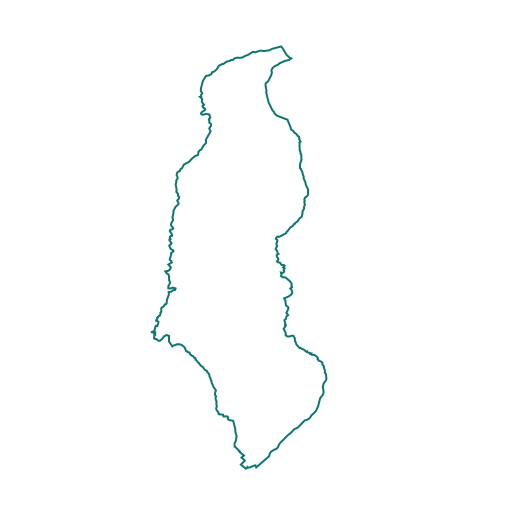 outline of Schela, Gorj, Romania, rotated 12°
{"feature_id": "2599482B25991908256991", "entity_name": "Schela", "entity_type": "district", "adm_level": 2, "iso_a3": "ROU", "parent_name": "Romania", "parent_adm1": "Gorj", "projection": "natural_earth1", "projection_center": [23.303, 45.212], "detail": "fine", "context": "isolated", "style": "outline", "palette": "teal", "viewbox_px": 512, "rotation_deg": 12, "n_neighbors": 0, "source": "geoboundaries", "source_scale": "gbopen_adm2", "svg_char_len": 6118}
<svg xmlns="http://www.w3.org/2000/svg" viewBox="0 0 512 512"><g transform="rotate(12 256 256)"><path d="M300.2,462.7L310.5,449.1L310.5,446.4L311.4,444.3L313.8,441.9L316.1,440.3L317.1,438.8L317.9,435.2L318.7,433.5L324.4,424.7L326.9,421.8L329.3,417.6L332.5,415.2L337.8,406.8L340.1,405.5L342.1,403.7L343.5,400.1L345.6,397.3L346.9,394.9L348.0,390.0L348.3,381.9L350.3,377.8L350.5,375.2L348.5,370.0L348.8,366.3L350.4,362.8L350.3,361.1L348.9,356.8L347.6,355.9L347.3,353.9L345.4,350.7L345.5,349.9L343.3,348.1L343.2,346.5L340.8,345.5L338.9,345.3L338.2,344.2L337.8,344.1L337.9,343.5L336.9,342.1L334.6,341.0L333.2,340.6L331.3,341.1L330.5,340.6L330.5,340.1L329.4,340.6L328.7,340.0L328.9,339.7L326.0,339.4L325.8,338.7L325.1,339.1L322.2,337.6L320.0,337.3L318.6,336.6L318.2,337.0L317.5,336.8L313.8,334.0L312.8,332.1L311.9,331.3L311.0,328.3L309.3,326.4L307.8,326.4L305.1,327.9L302.8,328.1L301.4,327.2L301.5,326.4L300.8,324.7L298.2,321.6L299.0,319.7L298.9,318.7L299.7,317.8L299.3,316.9L298.7,316.9L298.5,315.3L297.7,314.3L297.2,312.9L297.4,312.3L298.2,311.6L298.5,308.5L299.7,307.0L297.5,305.3L298.4,301.9L298.5,300.0L297.8,299.1L295.6,298.2L293.9,293.4L292.3,291.6L296.3,288.8L298.3,286.7L299.1,284.7L298.7,283.2L297.6,281.6L296.3,280.6L297.8,279.1L296.8,277.8L297.0,277.0L296.4,275.4L294.2,273.5L289.2,270.8L287.3,271.3L284.7,270.5L284.8,269.0L283.8,267.0L285.7,266.9L286.8,265.7L286.8,264.8L285.9,263.7L286.6,262.1L284.9,261.6L286.0,259.5L285.1,259.1L282.8,259.4L281.0,257.6L278.4,257.5L277.6,256.9L278.5,255.3L278.5,254.3L276.5,252.2L276.1,250.9L277.5,249.4L276.7,249.1L275.7,246.8L273.8,245.2L273.9,244.1L274.7,241.7L273.4,240.1L273.8,236.8L273.4,235.9L271.8,235.1L271.9,234.2L272.8,232.6L274.7,232.4L280.8,227.3L280.9,226.0L281.8,224.9L283.6,221.1L285.7,219.0L286.6,216.8L287.3,216.5L287.4,215.7L289.8,213.0L290.1,211.7L291.3,209.3L291.8,209.2L292.3,208.5L292.7,207.4L292.5,205.9L292.7,204.8L292.2,202.6L293.1,200.1L292.8,197.2L293.2,195.7L292.1,193.5L292.2,192.0L291.5,190.5L291.7,188.9L293.6,186.7L294.0,185.4L294.1,184.6L293.3,181.5L293.3,180.4L289.9,175.9L288.8,173.3L286.4,170.1L286.1,168.3L284.7,166.4L284.3,164.9L281.6,161.4L280.7,160.9L280.0,156.5L280.5,152.0L279.9,151.0L279.5,148.2L278.9,147.0L278.1,146.5L278.0,145.1L276.7,143.4L276.4,141.3L275.8,140.1L275.3,136.9L274.8,136.0L275.8,134.9L273.9,132.7L274.0,132.0L273.3,130.4L271.7,129.9L271.2,129.1L269.0,127.7L267.5,127.2L266.9,126.2L264.2,125.1L263.4,124.0L263.3,123.3L258.4,116.1L248.5,114.6L246.2,113.9L244.4,112.5L243.7,111.4L241.8,110.1L236.1,102.8L235.6,101.0L234.9,100.1L232.0,93.9L231.8,91.8L229.9,87.4L229.5,85.2L231.5,82.6L233.3,75.9L233.4,73.3L232.5,71.3L233.1,68.7L234.9,66.4L238.0,64.1L238.7,62.8L243.8,59.1L247.5,57.4L249.4,55.4L247.3,54.9L243.6,52.5L238.8,47.2L237.1,45.8L228.9,49.9L226.1,52.1L220.6,54.1L218.1,54.0L212.9,56.9L210.5,56.9L206.1,61.2L203.8,62.5L201.8,64.4L199.2,65.6L196.6,65.8L194.1,67.0L192.6,69.0L190.7,69.5L189.9,70.5L186.7,72.1L184.2,74.9L182.7,75.4L181.8,76.4L180.2,77.4L178.7,81.7L176.6,84.4L174.8,85.4L174.5,87.3L174.0,87.8L172.5,89.1L169.6,90.3L167.6,96.1L167.3,103.7L167.8,106.3L169.2,107.5L169.6,108.3L168.8,109.8L169.3,111.3L168.1,112.0L170.4,113.3L170.7,113.6L171.0,116.5L173.7,118.9L172.5,120.2L172.9,121.1L173.4,121.7L175.5,122.6L175.8,123.1L175.8,123.8L172.9,126.8L172.6,128.3L173.7,128.9L174.7,128.9L177.7,127.3L181.1,127.3L181.3,128.4L182.5,130.1L182.3,131.0L181.5,131.7L181.6,132.6L182.2,133.2L182.5,135.2L184.4,136.1L185.0,138.0L183.8,140.6L183.8,141.2L185.7,143.5L182.9,152.3L182.8,153.1L183.6,155.3L183.4,156.3L181.9,158.4L180.4,163.2L179.0,164.4L178.1,165.9L178.3,169.2L175.6,170.9L172.8,174.5L171.0,177.7L166.4,181.7L165.3,185.7L164.0,186.9L164.0,188.4L163.5,189.2L162.5,189.5L161.7,190.6L161.5,192.4L161.6,193.6L162.7,194.9L163.2,196.1L162.3,198.9L162.7,200.2L162.6,202.9L164.6,207.6L164.7,209.8L165.6,210.2L165.8,210.7L167.0,211.7L167.2,213.3L168.6,214.2L168.7,215.8L167.4,218.1L169.4,220.7L169.2,221.7L167.0,224.8L165.9,229.1L166.4,231.6L166.2,235.8L167.0,236.9L167.4,238.2L166.4,241.3L166.3,243.0L166.8,243.9L169.3,246.1L168.8,247.2L167.0,248.1L166.4,248.8L166.6,249.7L169.2,252.1L169.7,253.3L169.5,253.9L168.4,254.2L168.0,254.7L167.9,256.1L168.8,257.3L167.9,257.8L167.9,258.4L170.7,261.0L170.5,262.0L169.5,262.8L169.0,263.7L169.2,264.4L171.2,267.0L173.8,267.6L174.3,268.5L172.3,270.9L172.7,272.0L172.3,277.1L172.7,277.9L174.3,278.6L175.0,279.8L172.0,282.6L174.8,284.5L175.2,285.4L174.1,287.8L173.5,288.6L170.5,289.9L172.3,291.5L174.2,292.2L175.2,294.1L176.0,297.6L177.5,299.7L177.1,302.0L176.5,303.5L177.0,305.9L179.3,305.5L181.0,304.3L184.1,304.4L184.2,304.6L183.8,306.1L182.1,306.6L180.5,308.6L178.1,309.4L178.8,312.0L178.0,317.1L178.4,321.2L177.6,322.2L177.0,322.2L176.0,324.7L174.2,326.5L174.9,330.3L174.3,331.4L174.6,331.8L174.5,333.3L174.2,334.4L173.9,334.3L172.2,336.7L172.7,337.1L171.7,339.7L171.9,340.2L172.9,340.0L174.3,340.8L174.4,342.6L173.9,345.1L172.8,345.0L172.3,345.9L172.3,349.3L171.9,350.5L169.9,352.1L170.3,352.4L173.3,351.6L173.7,353.9L173.0,353.8L172.4,353.0L173.3,355.3L173.2,357.0L173.8,358.1L175.0,358.2L175.5,357.8L178.2,359.2L179.5,359.0L181.5,356.5L182.5,354.1L184.8,351.9L187.5,352.2L188.7,357.7L192.9,361.8L193.8,360.9L198.1,358.3L198.6,358.6L200.5,358.2L202.6,358.8L204.8,360.0L206.4,361.9L207.2,363.3L208.3,363.5L208.9,364.2L211.1,364.2L211.7,365.6L214.1,366.9L214.9,366.9L217.1,368.5L217.9,368.5L218.4,370.0L219.0,370.1L221.6,372.3L222.8,372.7L223.1,373.4L225.5,375.1L227.1,375.6L229.5,377.9L232.0,378.7L232.5,379.8L233.3,380.1L234.9,381.6L235.6,383.6L236.5,384.5L237.5,386.5L238.4,387.4L238.6,388.5L241.8,393.1L244.7,395.7L244.4,399.3L245.2,401.0L246.2,401.6L245.9,403.2L246.5,404.9L247.8,406.6L247.7,408.1L248.9,411.0L248.7,413.4L249.6,415.1L251.8,416.7L252.4,418.5L256.8,418.1L257.5,419.7L261.2,418.9L262.4,419.7L262.2,421.1L263.5,422.0L268.0,422.0L271.6,429.3L272.6,432.9L273.6,434.3L274.5,436.7L274.7,441.0L274.0,444.0L274.7,447.0L275.5,447.1L280.6,450.4L280.3,450.8L285.7,453.7L283.7,456.2L287.6,458.4L284.6,463.2L290.3,466.2L291.3,465.3L291.4,464.2L292.2,464.7L293.4,464.3L298.4,461.1L299.0,460.9L300.2,462.7Z" fill="none" stroke="#0f766e" stroke-width="2"/></g></svg>